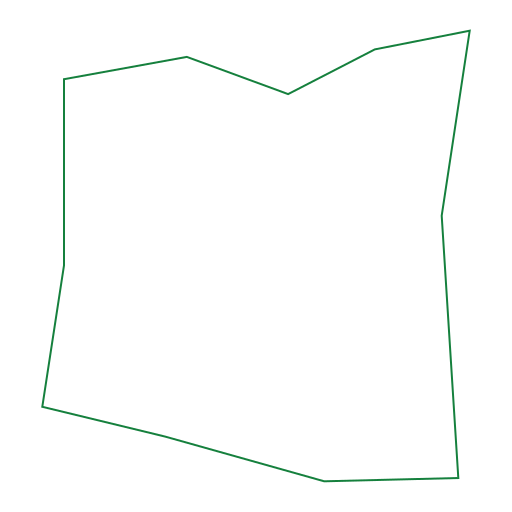 Praslin, Mercator projection
{"feature_id": "LCA-5084", "entity_name": "Praslin", "entity_type": "Quarter", "adm_level": 1, "iso_a3": "LCA", "parent_name": "Saint Lucia", "parent_adm1": "", "projection": "mercator", "projection_center": [-60.926, 13.871], "detail": "fine", "context": "isolated", "style": "outline", "palette": "green", "viewbox_px": 512, "rotation_deg": 0, "n_neighbors": 0, "source": "natural_earth", "source_scale": "10m", "svg_char_len": 273}
<svg xmlns="http://www.w3.org/2000/svg" viewBox="0 0 512 512"><path d="M469.7,30.7L441.7,215.7L458.3,478.0L324.2,481.3L165.2,436.6L42.3,406.8L64.0,265.4L64.0,205.8L64.0,79.2L186.8,56.9L288.1,94.1L374.8,49.4L469.7,30.7Z" fill="none" stroke="#15803d" stroke-width="2"/></svg>